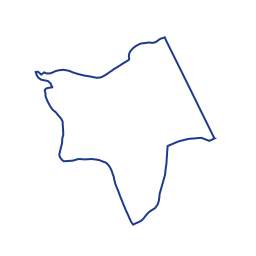 Bakil Al Mir, Hajjah, Yemen (Equal Earth projection), rotated 335°
{"feature_id": "15242507B36780035445887", "entity_name": "Bakil Al Mir", "entity_type": "district", "adm_level": 2, "iso_a3": "YEM", "parent_name": "Yemen", "parent_adm1": "Hajjah", "projection": "equal_earth", "projection_center": [43.292, 16.508], "detail": "fine", "context": "isolated", "style": "outline", "palette": "blue", "viewbox_px": 256, "rotation_deg": 335, "n_neighbors": 0, "source": "geoboundaries", "source_scale": "gbopen_adm2", "svg_char_len": 3322}
<svg xmlns="http://www.w3.org/2000/svg" viewBox="0 0 256 256"><g transform="rotate(335 128 128)"><path d="M75.6,42.2L71.9,42.9L70.7,39.9L70.3,39.1L69.5,38.8L68.1,38.2L68.0,38.5L67.9,38.8L67.7,41.4L67.7,41.7L67.7,41.8L67.7,42.1L67.7,42.4L67.7,42.9L67.8,43.6L67.9,44.2L68.4,45.4L68.5,45.5L69.2,46.6L69.9,47.7L75.2,51.5L76.7,55.2L76.5,57.4L76.7,58.5L76.5,59.1L75.9,59.0L74.7,58.5L70.9,57.6L69.0,58.1L68.4,59.0L67.8,62.0L67.1,63.2L66.7,64.7L66.5,66.1L66.5,66.6L66.5,67.5L66.4,68.9L66.4,70.6L66.5,72.1L66.6,73.6L66.6,75.1L66.9,76.8L67.1,78.2L67.4,79.6L68.0,80.8L68.7,82.1L69.3,83.6L69.6,85.0L69.8,85.8L71.3,91.1L71.5,94.3L68.0,103.2L67.1,105.4L66.4,106.9L65.4,108.1L64.6,108.8L64.0,109.9L63.3,111.1L62.6,112.4L61.9,113.7L61.1,114.8L60.4,115.7L59.5,116.7L58.6,117.8L57.8,118.8L57.0,119.8L56.2,120.9L55.4,121.8L54.6,122.9L54.1,124.3L54.1,125.4L54.0,125.7L54.3,127.1L54.6,128.5L55.1,129.9L55.8,131.0L60.5,132.9L61.9,133.4L64.7,134.4L65.0,134.5L65.9,134.5L67.2,134.7L68.5,134.9L69.6,135.1L70.6,135.5L71.7,136.1L72.9,136.7L73.8,137.2L75.0,137.9L76.3,138.5L77.4,138.9L78.4,139.3L78.5,139.4L79.6,139.8L80.8,140.3L81.9,140.7L82.3,141.0L83.0,141.4L84.0,142.0L85.0,142.6L86.1,143.3L87.1,144.1L88.2,144.9L89.2,145.8L90.0,146.7L91.0,147.7L91.8,148.6L92.7,149.3L93.4,150.3L94.0,151.5L94.4,152.9L94.8,154.2L95.0,155.9L95.1,157.2L95.1,157.7L95.1,158.7L95.1,160.2L94.9,161.7L94.7,163.3L94.6,164.6L94.5,166.0L94.1,167.6L93.7,169.1L93.5,170.5L93.1,172.0L92.9,173.4L92.8,174.9L92.7,176.4L92.6,178.1L92.6,179.8L92.5,181.3L92.4,182.8L92.2,184.3L92.1,185.8L92.0,187.3L91.9,188.7L91.9,190.1L91.8,191.6L91.7,193.2L91.6,194.8L91.5,196.3L91.5,197.9L91.4,199.5L91.3,201.2L91.3,202.8L91.3,204.1L91.3,206.1L91.3,207.6L91.2,209.2L91.2,210.7L91.2,212.1L91.2,213.7L91.3,215.3L91.6,216.6L91.9,217.8L92.8,217.7L93.9,217.7L95.2,217.7L96.4,217.7L97.5,217.8L98.6,217.7L99.6,217.7L100.8,217.6L101.8,217.4L102.9,216.9L104.0,216.5L105.0,216.0L106.1,215.4L107.2,214.8L108.4,214.3L109.6,213.8L109.7,213.7L110.7,213.3L111.7,213.0L112.8,212.8L113.9,212.7L115.1,212.5L115.9,212.4L116.1,212.3L117.2,212.3L118.4,212.1L119.4,211.6L120.4,211.1L121.5,210.5L122.4,209.9L123.1,209.3L123.3,209.0L124.2,208.1L124.9,207.2L125.1,207.1L125.8,206.1L126.6,204.8L127.3,203.8L128.0,202.5L128.7,201.2L138.4,190.0L141.9,185.9L144.3,181.9L145.5,179.9L146.5,178.4L146.7,178.2L147.6,176.8L155.0,163.3L155.5,162.6L155.8,161.9L156.1,161.3L156.5,161.1L160.4,161.2L168.1,161.5L177.8,163.3L179.5,163.9L190.3,167.9L196.2,174.0L202.0,174.0L201.9,173.9L201.1,136.6L201.1,134.1L200.3,97.8L199.5,64.5L199.6,61.4L199.4,61.4L197.1,61.1L195.1,60.9L193.7,61.0L192.8,61.2L191.6,61.5L190.3,61.7L189.0,61.8L187.5,61.5L186.5,61.3L185.6,60.9L183.2,59.4L178.5,57.9L175.8,57.0L174.0,56.8L171.8,56.9L170.2,57.0L168.9,57.2L167.6,57.5L166.4,57.8L165.4,58.1L164.5,58.6L163.2,59.1L162.4,59.6L161.4,60.3L160.7,61.0L160.0,61.8L159.2,63.1L158.6,64.8L158.3,65.8L157.8,66.4L157.2,66.7L156.3,66.8L151.3,67.3L145.4,68.1L142.0,68.5L139.8,68.7L137.8,69.2L134.2,69.7L131.8,70.2L129.1,70.5L126.5,70.7L124.1,70.5L121.2,69.4L119.8,68.5L117.9,67.2L117.0,66.4L112.8,63.5L110.1,61.7L107.7,59.7L105.7,58.1L101.6,54.4L99.0,51.5L96.3,49.5L94.1,48.0L92.7,47.5L91.0,46.9L89.4,46.4L87.1,45.9L86.0,45.8L83.2,45.8L82.7,45.8L82.3,45.8L80.7,45.6L79.2,45.1L76.8,43.8L76.2,43.0L75.6,42.2Z" fill="none" stroke="#1e3a8a" stroke-width="2"/></g></svg>